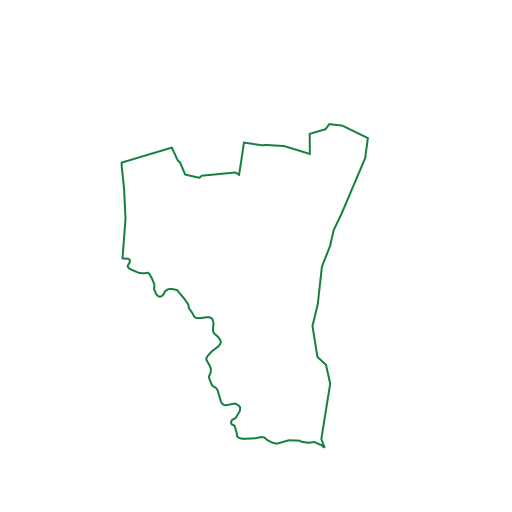 Northampton, Pennsylvania, United States of America, rotated 124°
{"feature_id": "52423323B75013060921625", "entity_name": "Northampton", "entity_type": "district", "adm_level": 2, "iso_a3": "USA", "parent_name": "United States of America", "parent_adm1": "Pennsylvania", "projection": "albers", "projection_center": [-75.208, 40.753], "detail": "fine", "context": "isolated", "style": "outline", "palette": "green", "viewbox_px": 512, "rotation_deg": 124, "n_neighbors": 0, "source": "geoboundaries", "source_scale": "gbopen_adm2", "svg_char_len": 1849}
<svg xmlns="http://www.w3.org/2000/svg" viewBox="0 0 512 512"><g transform="rotate(124 256 256)"><path d="M253.7,419.6L256.0,418.1L273.6,403.3L298.1,385.0L332.5,365.4L331.6,363.2L329.9,360.8L329.7,358.9L330.3,358.0L331.9,357.2L336.1,356.8L336.9,355.6L337.3,353.2L335.6,344.1L333.4,339.7L330.4,336.3L330.4,334.6L332.6,330.1L336.0,324.9L337.6,323.5L340.6,321.9L343.7,316.8L344.0,314.5L343.6,312.9L341.9,311.7L339.6,311.2L336.1,311.7L332.5,310.2L330.2,307.0L328.4,302.5L331.4,292.0L333.9,285.4L334.8,284.2L336.8,282.4L338.5,277.8L340.8,273.3L341.0,272.1L340.6,270.5L338.9,267.8L333.4,261.5L332.8,260.3L332.5,258.0L332.7,256.9L335.4,253.7L340.4,251.0L342.7,249.1L343.6,247.3L344.0,243.9L344.7,240.7L346.0,238.3L347.0,237.0L348.2,236.5L351.6,236.6L359.8,239.3L365.7,240.2L368.4,240.0L369.0,239.8L370.1,238.4L373.3,232.3L374.9,230.2L378.5,228.2L381.6,227.8L383.3,226.9L387.7,220.3L388.0,217.8L387.7,216.0L388.0,214.4L389.1,212.3L390.3,210.9L396.5,203.4L397.3,201.5L397.4,199.0L396.4,197.3L391.0,192.0L389.8,190.3L389.7,186.2L390.5,184.4L393.3,182.8L401.5,182.3L403.3,183.0L404.8,184.1L407.6,184.0L409.2,182.0L408.6,179.0L413.7,172.8L416.0,171.0L416.3,168.4L415.9,166.8L414.6,164.2L407.9,155.1L403.0,150.2L401.8,147.5L402.3,144.1L401.7,138.9L401.2,136.7L399.9,133.7L390.6,125.9L389.3,124.0L384.8,116.7L384.5,114.1L381.3,107.7L377.8,104.0L377.2,101.5L376.6,97.5L376.3,96.7L376.1,95.7L376.6,93.8L376.3,92.4L376.2,92.4L371.2,99.5L320.3,123.1L307.1,137.1L305.3,148.7L282.5,170.0L261.3,177.9L228.0,195.4L206.2,200.2L191.0,206.1L173.2,208.7L113.9,220.2L95.7,229.2L99.7,257.5L105.7,269.0L111.9,269.2L124.7,279.8L141.3,268.4L149.1,294.1L158.5,310.1L160.7,312.6L168.7,329.4L177.5,325.2L189.5,319.5L198.1,315.5L198.3,319.8L219.6,345.7L222.8,346.7L228.1,360.2L220.9,371.3L220.5,374.4L213.2,386.4L253.7,419.6Z" fill="none" stroke="#15803d" stroke-width="2"/></g></svg>